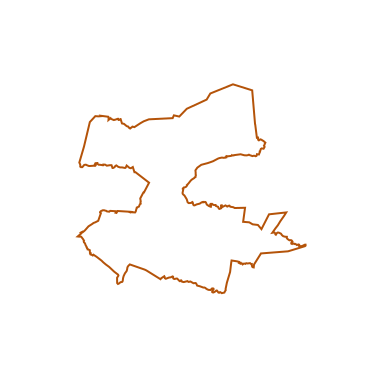 outline of Temixco, Morelos, Mexico, rotated 125°
{"feature_id": "50627088B89328019749964", "entity_name": "Temixco", "entity_type": "district", "adm_level": 2, "iso_a3": "MEX", "parent_name": "Mexico", "parent_adm1": "Morelos", "projection": "orthographic", "projection_center": [-99.256, 18.848], "detail": "fine", "context": "isolated", "style": "outline", "palette": "amber", "viewbox_px": 384, "rotation_deg": 125, "n_neighbors": 0, "source": "geoboundaries", "source_scale": "gbopen_adm2", "svg_char_len": 6072}
<svg xmlns="http://www.w3.org/2000/svg" viewBox="0 0 384 384"><g transform="rotate(125 192 192)"><path d="M113.4,158.4L112.8,159.6L111.5,159.7L111.1,160.0L109.5,160.2L109.2,162.9L109.4,164.0L109.3,164.8L109.5,165.7L109.6,166.1L111.3,166.8L111.2,167.4L111.3,167.5L111.2,167.9L109.9,168.7L109.5,169.3L110.3,170.0L100.7,178.7L100.1,179.4L74.2,201.0L80.3,220.2L100.8,233.5L107.9,233.0L126.8,244.0L137.5,245.7L139.6,250.8L142.6,250.2L157.2,269.0L161.8,272.1L165.2,273.7L171.9,276.4L172.6,278.3L174.2,278.6L174.5,278.8L174.8,279.2L175.5,279.2L175.5,280.7L175.0,281.7L175.5,283.3L175.2,286.8L176.0,288.7L173.2,292.3L173.3,292.5L174.3,292.6L175.1,293.4L175.1,293.6L174.4,294.5L174.6,294.8L177.0,296.5L177.4,297.0L177.7,297.1L177.9,297.3L178.6,300.5L178.3,301.0L180.9,301.7L179.8,302.3L178.7,303.4L178.6,303.2L177.8,303.0L178.1,303.2L181.7,310.1L181.8,309.7L183.7,312.0L185.3,314.7L193.3,315.8L216.8,306.5L232.5,301.2L233.6,299.4L234.3,298.7L235.3,298.1L235.3,297.2L234.5,296.1L231.6,295.8L230.5,294.6L230.2,292.8L229.8,291.3L229.3,290.6L226.8,287.5L226.2,286.4L225.7,286.3L225.4,287.4L223.0,287.7L223.5,287.4L223.8,286.8L223.5,286.9L223.0,286.7L222.6,286.2L223.1,285.9L223.2,284.1L223.0,283.9L221.7,281.5L221.5,280.8L221.0,280.1L220.4,280.4L219.4,278.8L219.3,276.9L217.1,274.6L216.2,273.3L217.9,270.9L217.3,270.2L216.0,269.7L214.5,269.7L213.6,269.2L213.7,266.9L213.1,265.0L212.0,263.5L210.7,260.6L210.0,260.3L207.8,260.7L208.1,257.0L207.6,255.7L205.5,254.8L208.8,250.5L208.2,249.8L209.0,232.5L219.9,231.1L220.0,231.5L220.6,231.5L226.9,230.7L227.1,230.6L229.1,228.6L229.8,228.5L231.0,227.3L231.9,227.7L234.4,227.1L235.3,227.7L236.3,227.9L236.4,228.1L236.5,228.3L240.3,226.9L241.4,226.9L243.0,229.5L242.7,229.6L243.3,230.7L243.9,231.7L244.2,231.4L244.7,233.0L250.2,242.0L252.5,241.9L252.8,242.7L251.1,242.8L254.4,248.2L255.6,248.5L256.7,250.6L256.6,251.4L256.8,251.8L257.4,253.6L258.1,254.6L258.7,254.8L259.2,255.3L259.8,255.6L261.2,255.8L261.5,255.6L261.6,255.3L261.6,254.5L269.4,252.3L272.4,253.9L274.0,255.0L274.9,255.2L279.5,257.1L284.9,257.7L286.8,258.2L287.4,258.4L287.3,258.8L288.5,259.1L288.4,259.5L289.3,259.9L289.6,259.0L294.0,260.1L293.3,258.8L292.5,257.8L292.2,257.2L292.3,256.7L293.1,254.2L293.8,252.6L294.2,252.6L294.5,252.4L295.2,251.6L295.3,250.6L295.8,249.7L296.5,248.8L297.5,246.7L297.9,246.5L298.0,245.9L298.3,245.7L298.4,245.0L298.9,244.6L298.5,243.7L298.3,242.3L299.7,241.3L300.2,240.7L300.2,240.0L301.0,240.1L301.4,239.3L300.9,237.8L300.9,236.9L299.9,236.8L299.8,233.0L300.1,226.7L300.5,224.4L300.8,221.0L300.9,216.9L301.9,210.0L302.1,205.1L302.7,204.3L305.2,204.2L309.5,201.1L309.8,199.9L309.0,199.4L306.9,198.8L305.8,197.7L305.3,197.6L304.5,197.8L302.0,199.1L300.0,199.8L297.0,200.3L294.4,200.2L293.0,200.6L290.7,201.7L289.1,201.8L287.0,201.4L282.7,186.2L282.4,184.3L281.5,167.8L280.5,167.8L276.9,166.4L277.3,165.6L277.8,165.3L278.2,164.7L278.1,163.7L275.3,161.8L274.0,160.4L272.3,159.5L272.2,159.2L272.3,158.8L273.2,158.2L273.5,157.8L273.6,157.4L273.3,156.4L272.1,155.4L271.5,154.7L271.5,154.2L272.1,151.0L272.0,150.7L271.7,150.5L270.6,150.3L270.6,149.9L271.2,148.8L270.7,147.4L270.3,146.9L267.6,144.6L267.7,143.5L267.6,143.2L267.1,142.7L266.3,142.1L266.2,141.7L265.9,138.5L264.6,137.0L264.5,136.2L265.7,134.1L264.7,131.5L263.8,128.0L263.1,127.0L262.9,126.0L263.1,124.8L263.0,124.5L263.0,123.7L262.7,122.4L261.7,120.7L259.4,120.2L258.8,119.1L259.0,118.7L259.3,118.5L261.6,118.5L262.3,118.2L262.4,117.7L262.2,117.0L261.5,116.5L259.7,115.7L258.9,115.6L258.6,115.4L258.4,115.0L259.2,112.7L259.0,112.0L258.0,111.7L257.8,111.4L257.8,109.6L255.8,107.8L254.8,108.0L253.0,108.1L252.3,108.8L246.3,111.4L235.7,114.9L227.5,119.3L225.4,120.3L223.0,115.4L222.2,113.3L223.2,113.0L223.1,112.4L222.2,111.5L222.8,111.0L221.9,110.2L222.3,109.0L220.8,108.4L220.4,107.6L220.2,107.0L219.5,106.9L219.2,106.7L218.7,105.5L217.0,103.7L217.1,102.1L216.7,101.7L218.0,100.7L218.7,99.7L218.8,99.2L218.4,98.2L215.8,99.6L203.6,100.2L202.8,100.3L185.5,79.3L171.6,68.4L170.9,68.2L170.4,68.4L170.0,68.8L170.6,69.5L171.9,70.1L173.4,71.1L174.6,72.7L174.8,73.4L174.1,73.7L173.7,74.0L174.0,74.9L174.6,75.1L175.3,75.7L175.2,76.7L175.4,78.0L176.0,78.4L175.9,79.2L176.2,80.0L177.2,80.2L177.3,81.1L176.4,81.6L174.9,81.4L174.5,82.8L175.0,83.8L175.7,84.5L175.7,86.8L175.4,87.9L174.3,88.6L175.3,90.2L175.9,92.0L175.7,93.7L175.1,95.2L175.5,97.5L175.9,98.4L176.9,98.9L178.9,98.8L178.9,99.4L178.2,99.9L177.9,101.0L178.3,101.8L179.3,102.8L173.9,102.8L170.0,102.6L165.3,102.9L158.6,102.9L154.7,103.1L166.1,116.1L182.6,113.8L181.2,119.1L183.7,123.8L184.0,127.7L187.1,133.0L174.5,139.5L180.6,147.8L180.8,149.5L182.1,152.2L181.7,153.5L182.6,154.4L183.5,154.5L183.8,155.1L183.7,156.2L183.8,156.9L186.8,158.5L185.8,160.0L186.4,160.5L188.6,158.8L190.1,159.8L190.2,160.5L189.2,162.2L189.6,163.8L189.7,164.4L189.1,165.2L190.1,166.5L190.3,167.6L190.2,168.8L191.0,169.9L191.6,170.0L192.0,168.6L193.3,168.1L193.8,170.1L193.8,172.7L192.6,174.6L192.5,175.3L193.9,176.8L193.6,177.0L194.0,177.5L195.0,178.2L197.1,179.0L199.5,181.1L201.3,182.1L201.7,182.5L201.9,183.1L201.2,184.3L200.4,185.1L200.0,185.8L200.0,186.0L200.3,186.1L200.8,185.8L202.5,187.7L203.0,188.4L202.9,189.7L201.0,192.1L199.2,196.2L199.1,197.6L198.8,198.6L198.2,199.2L194.8,200.7L194.7,201.4L193.9,201.5L193.4,201.2L192.2,201.2L192.8,200.9L191.4,200.0L190.8,199.8L189.3,199.8L188.8,199.9L188.8,200.1L187.2,199.8L183.5,199.6L182.0,199.3L179.1,198.1L178.5,198.2L177.7,197.7L176.7,198.3L175.9,198.5L175.4,199.2L174.3,199.9L172.3,201.6L169.0,201.6L164.4,200.0L159.3,195.7L156.7,193.8L154.7,192.4L149.6,189.8L148.5,189.0L146.6,187.2L146.0,185.9L145.4,185.2L144.3,184.4L144.5,184.2L143.9,183.7L143.2,184.3L143.1,185.2L142.8,184.2L142.1,183.0L140.4,181.1L139.4,180.2L139.0,180.3L139.0,180.1L138.1,178.8L137.8,178.8L133.2,173.8L131.9,170.2L130.7,168.3L129.6,167.2L129.1,167.0L129.1,166.9L128.7,166.5L128.6,165.3L128.2,164.3L128.0,163.2L126.8,162.1L126.5,161.6L126.2,160.4L125.8,160.1L125.2,159.9L123.8,160.5L122.9,158.7L121.3,159.1L120.1,159.7L120.0,159.4L117.3,160.3L116.3,159.9L115.5,158.2L113.4,158.4Z" fill="none" stroke="#b45309" stroke-width="2"/></g></svg>